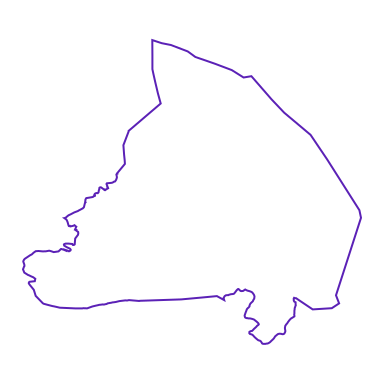 the district of Santa María Ipalapa, Oaxaca, Mexico
{"feature_id": "50627088B14334632848246", "entity_name": "Santa María Ipalapa", "entity_type": "district", "adm_level": 2, "iso_a3": "MEX", "parent_name": "Mexico", "parent_adm1": "Oaxaca", "projection": "albers", "projection_center": [-98.024, 16.622], "detail": "fine", "context": "isolated", "style": "outline", "palette": "violet", "viewbox_px": 384, "rotation_deg": 0, "n_neighbors": 0, "source": "geoboundaries", "source_scale": "gbopen_adm2", "svg_char_len": 4699}
<svg xmlns="http://www.w3.org/2000/svg" viewBox="0 0 384 384"><path d="M331.8,308.2L339.1,303.4L336.0,295.3L361.0,217.8L359.4,210.2L327.0,159.2L320.3,149.3L310.6,134.9L284.2,112.7L271.5,99.3L251.4,76.2L243.6,77.5L231.8,70.1L224.4,67.3L220.4,65.8L215.1,63.8L206.2,60.7L195.4,57.0L187.7,51.4L181.4,49.0L170.9,45.0L161.8,43.2L152.3,40.1L152.4,55.0L152.4,61.0L152.4,69.2L153.4,73.9L155.2,81.9L157.9,93.3L160.7,103.5L145.0,116.9L128.6,130.9L128.6,131.5L128.5,131.8L123.4,145.2L124.1,154.7L124.7,160.5L124.9,163.9L117.2,173.2L117.4,173.7L116.7,174.0L116.4,174.5L116.4,174.8L116.6,175.4L116.8,176.4L116.9,177.6L116.1,179.9L115.7,180.4L115.5,180.8L115.1,181.4L114.3,181.6L114.0,181.7L113.7,181.8L113.5,182.1L111.9,182.8L106.9,183.3L106.8,183.5L106.6,183.7L106.5,184.0L107.9,187.6L107.7,187.6L107.9,187.9L108.0,188.3L107.7,188.4L106.7,189.1L106.4,189.3L106.0,189.4L105.8,189.6L105.4,190.0L105.1,190.2L104.6,190.1L104.7,189.5L103.3,189.0L101.1,187.4L100.5,187.3L100.0,187.4L99.5,187.7L99.3,188.1L99.3,188.9L99.3,189.5L99.1,189.7L98.9,190.1L98.7,191.1L98.6,192.0L98.5,192.4L97.7,193.2L96.8,193.0L96.1,193.2L95.6,193.3L95.2,193.5L94.7,194.0L94.5,194.4L94.3,194.9L95.0,195.4L94.9,195.9L93.5,196.4L92.8,197.0L89.4,197.6L86.3,198.1L85.5,199.4L85.1,202.4L85.4,202.5L84.9,203.2L84.0,206.9L83.8,207.4L83.4,207.7L83.2,207.9L82.9,208.3L82.5,208.5L79.7,210.0L78.5,210.6L78.0,211.0L74.3,212.4L70.9,214.2L69.4,214.9L68.5,215.3L66.8,216.7L66.2,217.3L64.9,218.0L64.4,218.1L65.1,218.6L65.9,219.2L66.7,220.0L67.6,222.1L68.4,225.0L68.8,226.0L69.3,226.2L70.0,225.9L70.5,226.4L73.2,225.8L74.5,225.2L75.7,226.3L76.3,226.7L75.0,229.6L75.9,229.8L75.6,230.1L78.1,231.9L78.3,233.2L78.0,234.8L75.2,238.5L74.7,244.4L73.8,245.0L72.8,244.9L72.4,244.0L68.5,243.6L65.7,243.6L64.2,244.1L63.9,244.6L64.2,245.6L66.6,247.1L70.0,248.7L70.7,249.6L70.7,249.9L70.5,250.4L70.3,250.6L70.0,250.8L69.0,251.2L68.9,251.3L68.0,250.9L67.2,250.5L65.0,249.8L65.3,250.4L63.9,249.8L61.4,249.0L61.0,249.0L58.5,251.4L54.5,252.0L53.7,252.1L51.1,251.2L49.2,250.7L45.9,251.3L42.8,251.4L38.5,251.0L35.7,251.2L33.6,252.7L31.8,254.4L30.0,255.3L29.9,255.4L24.8,258.8L24.0,259.7L23.3,261.2L23.3,261.7L24.2,264.2L24.3,264.7L24.4,265.1L24.4,266.1L24.1,266.4L23.6,267.8L23.0,269.3L24.3,272.6L28.1,275.0L29.0,275.3L31.0,276.3L33.3,277.3L35.3,278.8L34.8,281.2L29.5,281.8L28.9,282.4L28.8,283.4L29.8,284.9L31.7,287.2L33.8,289.8L35.7,295.9L36.0,296.2L42.4,302.8L42.6,303.1L42.9,303.3L43.8,303.8L47.1,304.7L52.5,306.1L53.1,306.2L53.7,306.3L56.4,306.9L59.8,307.7L75.4,308.4L82.3,308.4L83.2,308.2L85.9,308.3L87.3,308.3L92.3,306.5L95.6,305.7L98.3,305.1L99.3,304.8L99.8,304.8L100.7,304.7L102.9,304.4L103.1,304.5L103.5,304.5L103.9,304.5L104.2,304.5L105.4,304.2L106.6,304.0L106.8,303.9L107.5,303.4L110.1,302.9L110.5,302.9L111.4,302.7L112.5,302.4L113.6,302.3L115.7,302.0L119.4,301.1L125.2,300.4L127.2,300.5L129.0,300.1L138.3,300.9L139.2,301.0L139.7,300.8L181.3,299.4L202.1,297.5L216.9,296.1L224.2,300.1L223.6,297.9L224.7,296.1L225.9,295.3L226.8,295.2L227.5,295.1L228.5,295.1L229.1,294.7L231.0,294.2L233.1,294.0L234.1,293.6L235.6,291.7L236.7,290.2L237.9,289.1L238.3,289.0L238.6,289.1L240.5,290.9L241.4,291.1L242.7,291.0L243.4,290.8L244.0,290.3L245.2,289.5L245.7,289.8L246.9,290.4L247.7,290.7L248.9,291.0L250.2,291.4L251.4,291.9L252.3,292.5L253.3,293.8L254.1,295.1L254.5,296.5L254.2,298.7L253.5,299.7L252.8,301.3L251.6,302.4L250.4,303.6L249.5,305.5L249.5,306.4L248.6,307.5L247.7,308.2L246.8,309.3L246.4,310.6L245.7,312.3L245.2,313.8L244.8,314.9L244.6,315.8L245.1,317.4L245.9,317.9L246.5,318.1L247.4,318.1L248.2,318.4L249.4,318.4L250.5,318.5L251.7,318.8L252.8,319.1L254.1,319.6L255.1,320.4L255.4,320.7L256.5,321.5L258.2,323.1L258.8,324.2L258.4,324.9L257.1,325.8L256.2,326.9L255.1,327.9L253.9,329.0L252.9,330.1L252.1,330.9L250.9,331.1L250.2,331.4L249.4,331.9L249.3,333.2L250.0,334.0L251.2,334.3L252.1,334.6L253.1,335.4L253.7,336.1L254.5,337.0L255.7,338.1L256.6,338.9L258.2,340.2L259.1,340.5L259.9,340.7L260.7,341.2L261.7,342.6L262.1,343.4L262.9,343.8L264.4,343.9L265.3,343.9L266.4,343.6L267.7,343.5L269.1,342.8L270.1,342.1L271.4,340.8L272.6,339.7L273.8,338.5L274.5,337.4L275.2,336.3L276.3,335.4L277.1,334.7L278.1,334.0L279.5,333.7L281.0,333.8L282.4,334.2L283.5,334.1L284.3,333.6L284.9,332.5L285.3,331.6L285.3,330.4L285.0,329.0L284.9,327.9L285.3,325.8L286.3,324.3L287.1,323.5L288.1,321.9L289.1,320.6L289.8,319.7L291.0,318.5L292.2,317.8L294.4,316.4L294.4,315.6L294.2,314.7L294.4,313.5L294.4,312.1L294.4,310.7L294.6,309.6L294.7,308.1L295.2,306.8L295.4,306.1L295.8,305.2L295.6,304.4L295.6,302.9L295.6,302.3L294.4,301.7L293.9,300.9L293.7,300.0L293.8,299.0L293.7,298.6L294.1,297.8L295.3,298.2L296.1,298.2L298.4,299.8L312.7,309.4L331.8,308.2Z" fill="none" stroke="#5b21b6" stroke-width="2"/></svg>